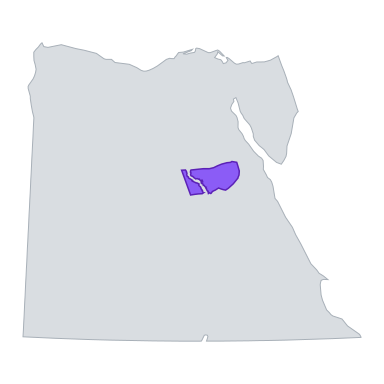 Zemam Out, Al Bahr al Ahmar, Egypt shown in context
{"feature_id": "37247803B70127900746184", "entity_name": "Zemam Out", "entity_type": "district", "adm_level": 2, "iso_a3": "EGY", "parent_name": "Egypt", "parent_adm1": "Al Bahr al Ahmar", "projection": "albers", "projection_center": [31.154, 27.336], "detail": "fine", "context": "in_parent", "style": "filled", "palette": "violet", "viewbox_px": 384, "rotation_deg": 0, "n_neighbors": 0, "source": "geoboundaries", "source_scale": "gbopen_adm2", "svg_char_len": 6738}
<svg xmlns="http://www.w3.org/2000/svg" viewBox="0 0 384 384"><path d="M361.0,337.4L351.6,337.8L342.3,338.2L333.0,338.6L323.7,338.9L314.4,339.2L305.0,339.5L295.7,339.8L286.4,340.1L277.1,340.3L267.7,340.5L258.4,340.6L249.1,340.8L239.8,340.9L230.4,341.0L221.1,341.1L211.8,341.1L206.5,341.1L207.4,338.4L207.9,336.5L207.3,335.2L205.5,334.9L204.3,335.3L201.5,341.0L200.0,341.2L196.7,341.2L185.9,341.2L175.0,341.1L164.2,341.0L153.3,340.9L142.4,340.7L131.6,340.5L120.7,340.3L109.9,340.1L99.0,339.8L88.1,339.5L77.3,339.1L66.4,338.7L55.6,338.3L44.7,337.8L33.9,337.3L23.0,336.8L23.4,330.0L23.7,323.2L24.1,316.3L24.4,309.5L24.7,302.7L25.1,295.9L25.4,289.0L25.7,282.2L26.1,275.4L26.4,268.5L26.8,261.7L27.1,254.8L27.4,248.0L27.8,241.1L28.1,234.3L28.5,227.5L28.8,220.6L29.1,213.8L29.5,206.9L29.8,200.1L30.2,193.2L30.5,186.4L30.8,179.5L31.2,172.7L31.5,165.8L31.8,159.0L32.2,152.1L32.5,145.3L32.9,138.4L33.2,131.6L33.5,124.7L33.9,117.9L33.7,116.6L32.5,111.9L31.4,105.9L30.3,98.6L30.3,96.2L28.2,88.6L28.1,86.5L28.8,85.0L33.1,78.9L34.5,75.9L35.6,72.3L36.1,69.3L35.2,64.7L34.0,60.5L33.8,56.3L33.8,52.2L36.0,49.4L38.5,46.9L39.5,45.4L41.0,43.6L42.0,42.8L43.8,46.6L47.9,47.4L61.3,44.7L75.9,48.6L84.0,50.2L96.4,53.4L103.9,58.7L106.0,59.4L111.5,59.4L115.0,62.5L129.3,64.3L136.9,67.7L141.2,70.4L143.8,71.2L146.1,71.1L149.2,70.2L153.2,68.4L157.5,65.9L166.4,59.4L169.6,58.3L171.6,58.6L174.1,58.6L175.2,56.8L176.5,55.6L177.3,54.2L178.7,52.5L183.3,52.1L192.5,49.3L191.4,50.6L183.0,53.8L186.6,54.2L190.3,53.1L194.5,52.4L195.3,51.1L195.8,48.5L196.6,48.1L199.5,48.6L208.2,52.6L210.3,52.6L216.4,50.4L217.7,50.0L219.6,51.2L224.2,56.0L222.6,55.9L217.8,51.8L217.3,53.9L214.6,57.6L218.1,59.1L220.8,59.7L222.4,61.8L223.3,63.6L226.1,62.8L228.0,60.3L227.0,58.9L226.3,57.5L227.2,57.4L229.1,58.6L234.6,63.3L236.5,64.2L238.6,64.0L243.0,62.6L244.3,62.8L250.2,61.0L250.9,62.3L251.9,63.5L256.7,62.0L264.3,61.9L270.4,60.2L277.5,56.3L278.1,55.7L278.5,56.6L279.4,59.2L281.7,65.6L283.8,70.7L286.3,77.7L287.1,80.3L287.5,82.2L291.1,89.9L293.3,96.2L294.9,101.3L297.2,108.8L298.2,111.5L296.8,112.9L293.9,117.9L291.2,133.6L287.0,146.0L286.6,153.6L286.0,156.4L283.9,160.4L281.3,164.2L276.5,162.4L268.7,155.9L264.1,149.6L259.2,145.6L254.6,140.2L253.3,136.4L253.3,133.9L251.3,127.8L249.8,124.9L244.2,118.5L242.6,115.0L241.4,113.5L240.2,111.3L238.1,102.9L235.9,97.6L233.4,99.1L233.9,101.4L231.8,104.5L230.5,108.1L231.5,111.1L236.0,115.5L237.0,117.5L238.1,121.7L238.0,127.5L238.7,129.5L242.1,133.8L243.4,136.3L244.1,138.5L245.3,140.5L248.7,144.2L253.6,151.2L258.3,156.0L261.6,158.2L263.1,160.5L263.5,166.5L263.3,169.4L266.3,174.8L267.5,177.5L270.3,179.6L271.7,182.1L273.0,186.3L275.0,198.4L277.6,201.4L285.6,217.3L292.4,227.3L295.7,234.8L300.8,243.9L310.9,263.8L316.7,269.9L319.1,273.3L323.3,275.9L327.9,279.6L323.6,279.4L322.6,279.7L321.1,280.4L320.5,282.8L320.2,284.7L321.1,295.0L322.5,300.2L326.6,309.9L329.5,312.8L330.9,314.6L332.9,316.0L342.0,319.0L347.5,325.9L359.6,334.4L360.9,336.8L361.0,337.4Z" fill="#d9dde1" stroke="#a8b0b8" stroke-width="1"/><path d="M200.0,180.1L200.3,180.4L200.6,180.6L200.8,180.7L200.9,181.0L201.0,181.2L201.1,181.5L201.2,181.9L201.3,182.1L201.3,182.3L201.2,182.5L201.2,182.8L201.2,183.0L201.3,183.1L201.5,183.1L201.8,183.1L201.7,183.2L201.9,183.5L202.0,183.4L202.3,183.5L202.6,183.7L202.8,183.9L203.0,184.2L203.0,184.3L203.2,184.7L203.2,184.8L203.2,185.0L203.3,185.1L203.3,185.4L203.6,185.4L203.9,185.3L204.0,185.4L204.3,185.6L204.4,185.9L204.5,186.0L204.7,186.3L204.8,186.4L205.1,186.6L205.3,186.8L205.4,187.0L205.5,187.1L205.9,187.2L205.8,187.3L205.7,187.4L205.7,187.6L205.6,187.8L205.7,188.0L206.1,188.1L206.2,188.3L206.4,188.4L206.5,188.6L206.5,188.8L206.6,189.0L206.5,189.4L206.6,189.5L206.7,189.8L206.8,190.0L207.2,190.4L207.2,190.5L207.3,190.7L207.3,190.8L207.6,191.0L207.8,191.2L208.0,191.2L208.0,191.3L208.0,191.5L207.9,191.6L208.0,191.8L208.3,191.9L208.3,192.0L208.2,192.2L208.2,192.4L208.2,192.5L208.3,192.8L208.3,193.0L208.4,193.5L209.5,192.8L210.8,193.5L211.4,193.0L212.3,191.6L213.7,190.8L215.3,190.1L216.7,189.2L218.6,188.0L220.6,188.8L223.1,189.6L225.6,190.1L228.3,188.3L233.2,183.9L238.0,178.0L238.0,177.4L239.0,175.1L239.3,171.0L237.9,166.1L237.0,163.2L236.7,162.3L231.9,161.5L230.4,162.4L227.0,162.7L221.7,164.1L217.5,165.8L213.6,167.7L209.3,168.7L203.4,168.7L198.5,169.2L191.0,170.0L190.7,170.4L190.6,170.8L190.5,171.1L190.5,171.4L190.5,171.5L190.4,172.2L190.5,172.4L190.8,172.4L190.8,172.7L190.9,173.0L190.9,173.3L190.9,173.6L190.8,173.9L190.7,174.0L190.6,174.3L190.6,174.5L190.7,175.0L190.8,175.3L190.9,175.6L191.1,175.7L191.3,175.9L191.5,175.9L191.6,176.0L191.9,176.1L192.3,176.3L192.4,176.2L192.6,176.3L192.8,176.4L192.9,176.7L193.1,176.8L193.8,177.3L193.8,177.5L194.0,177.7L194.2,177.8L194.4,178.0L194.7,178.1L194.8,178.2L195.0,178.3L195.2,178.5L195.3,178.6L195.6,178.9L195.8,178.8L196.0,178.8L196.4,178.8L196.5,178.7L197.3,178.6L197.5,178.7L197.7,178.8L197.8,178.9L198.0,178.9L198.4,179.1L198.7,179.2L198.8,179.1L199.1,179.0L199.3,179.1L199.3,179.3L199.5,179.5L199.8,179.8L200.0,180.1ZM202.6,181.2L202.1,181.5L201.6,180.9L201.5,180.4L202.0,180.1L202.2,180.4L202.2,180.7L202.6,181.2ZM190.6,195.0L195.1,194.3L198.5,193.9L202.2,193.7L203.5,192.8L203.4,192.8L203.2,192.7L203.1,192.4L203.0,192.2L202.9,192.1L202.7,191.6L202.6,191.4L202.6,191.2L202.4,191.1L202.5,190.9L202.5,190.7L202.2,190.1L201.9,190.0L201.7,189.9L201.7,189.7L201.7,189.4L201.4,189.0L201.3,188.9L201.1,188.9L201.0,188.7L201.0,188.3L201.0,188.2L200.9,188.2L200.8,187.9L200.8,187.7L200.7,187.6L200.6,187.4L200.5,187.0L200.5,186.9L200.4,186.8L200.2,186.6L199.9,186.4L199.4,186.1L199.1,185.7L198.9,185.4L198.8,185.2L198.7,184.9L198.8,184.8L198.9,184.7L199.0,184.6L199.0,184.4L199.0,184.1L198.8,183.6L198.7,183.6L198.1,183.5L197.6,183.4L197.1,183.1L197.0,182.9L196.8,182.9L196.5,183.0L196.3,183.0L196.2,183.0L196.1,182.9L195.8,182.7L195.7,182.6L195.4,182.6L195.2,182.5L195.1,182.4L194.8,182.3L194.3,182.0L194.0,181.9L193.8,181.8L193.5,181.6L193.3,181.6L193.1,181.4L192.8,181.3L192.7,181.3L192.6,181.2L192.4,181.1L192.4,180.8L192.5,180.8L192.5,180.7L192.6,180.4L192.4,180.3L192.3,180.2L192.1,180.1L191.9,180.1L191.8,180.3L191.7,180.1L191.6,179.9L191.2,179.5L191.1,179.4L190.9,179.3L190.7,179.2L190.3,178.9L190.1,178.9L189.9,178.8L189.7,178.7L189.4,178.6L189.2,178.4L188.9,178.2L188.7,178.0L188.6,177.9L188.5,177.7L188.5,177.4L188.4,177.1L188.3,176.9L188.1,176.8L187.9,176.6L187.7,176.5L187.4,176.5L187.3,176.4L187.2,176.3L187.2,176.2L187.0,175.6L187.0,175.4L186.9,175.2L186.8,174.7L186.8,174.4L186.8,174.2L186.8,173.9L187.0,173.5L187.0,173.3L186.9,173.1L186.8,172.8L186.7,172.6L186.5,172.4L186.6,172.1L186.6,171.9L186.4,171.6L186.2,171.1L186.1,170.9L186.0,170.7L185.9,170.6L185.7,170.4L185.5,170.0L181.6,170.2L190.6,195.0Z" fill="#8b5cf6" stroke="#5b21b6" stroke-width="1.5"/></svg>